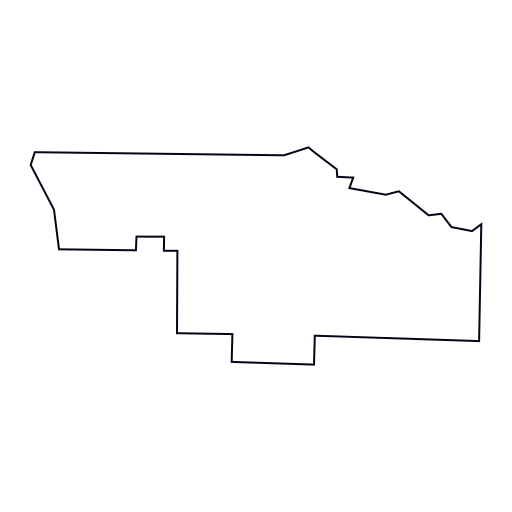 outline of Ben Hill, Georgia, United States of America
{"feature_id": "52423323B98536911266025", "entity_name": "Ben Hill", "entity_type": "district", "adm_level": 2, "iso_a3": "USA", "parent_name": "United States of America", "parent_adm1": "Georgia", "projection": "albers", "projection_center": [-83.233, 31.752], "detail": "fine", "context": "isolated", "style": "outline", "palette": "ink", "viewbox_px": 512, "rotation_deg": 0, "n_neighbors": 0, "source": "geoboundaries", "source_scale": "gbopen_adm2", "svg_char_len": 493}
<svg xmlns="http://www.w3.org/2000/svg" viewBox="0 0 512 512"><path d="M34.8,152.2L30.7,165.0L54.0,209.7L59.0,249.3L135.9,250.3L136.5,236.6L164.1,236.7L163.9,250.8L177.4,250.8L177.0,333.2L232.4,334.1L231.7,361.9L314.0,364.6L314.8,335.7L479.1,341.1L481.3,224.2L472.0,231.1L451.5,227.1L441.3,213.8L428.6,215.3L398.9,191.3L385.8,194.7L349.4,188.1L353.2,177.6L337.2,176.8L336.8,169.4L313.7,151.8L308.5,147.4L284.0,155.3L68.1,152.6L34.8,152.2Z" fill="none" stroke="#020617" stroke-width="2"/></svg>